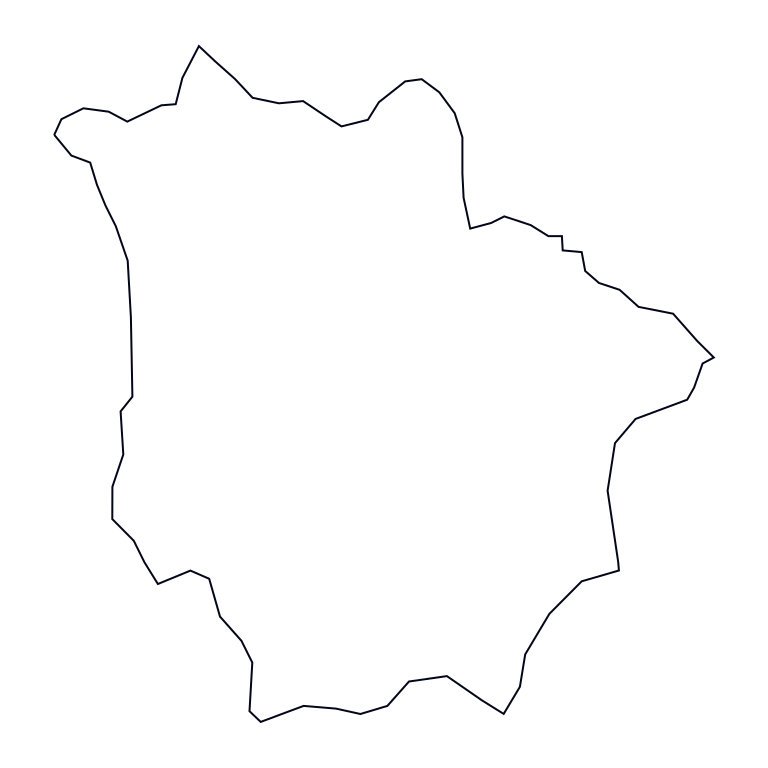 the district of Vaggeryd, Jönköping, Sweden
{"feature_id": "70781695B19954774542686", "entity_name": "Vaggeryd", "entity_type": "district", "adm_level": 2, "iso_a3": "SWE", "parent_name": "Sweden", "parent_adm1": "Jönköping", "projection": "orthographic", "projection_center": [14.158, 57.502], "detail": "fine", "context": "isolated", "style": "outline", "palette": "ink", "viewbox_px": 768, "rotation_deg": 0, "n_neighbors": 0, "source": "geoboundaries", "source_scale": "gbopen_adm2", "svg_char_len": 1132}
<svg xmlns="http://www.w3.org/2000/svg" viewBox="0 0 768 768"><path d="M618.9,570.5L618.2,562.0L607.6,490.7L615.0,443.1L635.6,418.9L687.2,399.7L694.1,387.6L702.6,363.5L713.8,357.5L697.3,341.1L673.1,313.7L638.6,306.9L619.6,289.8L599.0,283.0L585.2,271.0L581.7,252.1L562.7,250.4L561.9,236.1L548.3,236.1L530.7,225.1L504.3,216.4L491.1,223.0L470.2,228.6L463.6,197.8L462.4,173.6L462.4,137.3L454.7,113.2L439.3,92.3L421.7,79.2L405.2,81.4L378.9,102.2L367.9,119.8L341.5,126.4L326.1,116.5L303.1,101.1L278.9,103.3L252.6,97.8L235.1,79.1L215.3,61.5L198.9,46.1L182.4,77.9L175.7,104.2L161.4,105.3L127.3,121.6L108.7,111.7L83.4,108.3L61.4,119.2L54.2,135.0L54.3,134.9L71.4,155.6L90.2,162.6L97.0,184.9L105.5,205.6L115.8,226.2L127.7,260.7L130.9,317.4L132.4,396.7L120.6,411.4L123.3,454.5L112.4,486.8L112.3,519.1L133.8,540.8L144.5,562.4L157.9,584.0L190.4,570.6L209.2,578.8L220.0,616.6L241.5,640.9L252.3,662.6L249.5,711.2L260.7,721.9L303.6,705.9L336.0,708.6L360.4,714.0L387.4,705.9L409.0,681.5L446.9,676.1L482.0,700.4L503.7,713.9L519.9,686.8L525.2,654.4L549.4,613.8L581.7,581.3L606.9,574.0L618.9,570.5Z" fill="none" stroke="#020617" stroke-width="2"/></svg>